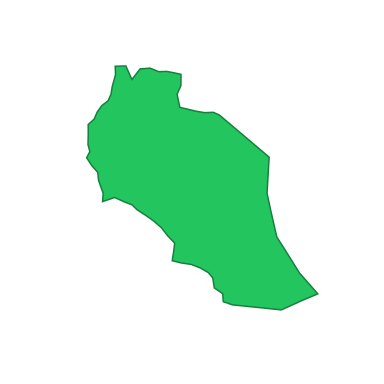 Serraria, Paraíba, Brazil (Robinson projection), rotated 64°
{"feature_id": "56859067B89128788877963", "entity_name": "Serraria", "entity_type": "district", "adm_level": 2, "iso_a3": "BRA", "parent_name": "Brazil", "parent_adm1": "Paraíba", "projection": "robinson", "projection_center": [-35.654, -6.835], "detail": "fine", "context": "isolated", "style": "filled", "palette": "green", "viewbox_px": 384, "rotation_deg": 64, "n_neighbors": 0, "source": "geoboundaries", "source_scale": "gbopen_adm2", "svg_char_len": 918}
<svg xmlns="http://www.w3.org/2000/svg" viewBox="0 0 384 384"><g transform="rotate(64 192 192)"><path d="M161.4,276.6L163.0,264.0L171.5,256.9L177.3,251.5L183.8,249.2L192.3,244.1L200.4,239.6L210.6,235.2L220.9,233.0L230.4,230.0L237.3,234.5L245.1,239.9L250.9,233.0L256.7,224.5L263.9,217.9L271.4,212.8L278.2,211.0L288.0,214.0L296.9,209.0L304.3,212.0L311.2,205.1L337.1,163.4L337.8,139.4L338.7,123.6L311.9,130.9L285.0,133.7L269.6,135.5L245.1,129.8L226.0,125.1L194.5,107.4L134.7,133.7L129.7,137.9L126.2,145.9L120.8,153.4L110.6,165.8L97.7,162.6L91.5,155.3L81.4,150.3L76.9,156.0L72.5,161.9L69.3,169.1L62.3,175.4L58.6,184.6L64.5,196.7L49.7,196.2L45.3,205.9L53.0,209.3L62.3,217.5L68.8,222.1L73.2,227.5L74.8,235.2L78.6,242.2L83.6,248.0L85.8,255.7L94.9,260.1L103.8,264.7L110.9,266.1L115.0,271.7L124.5,270.5L133.0,268.1L140.6,270.9L147.7,271.7L154.2,272.4L161.4,276.6Z" fill="#22c55e" stroke="#15803d" stroke-width="1.5"/></g></svg>